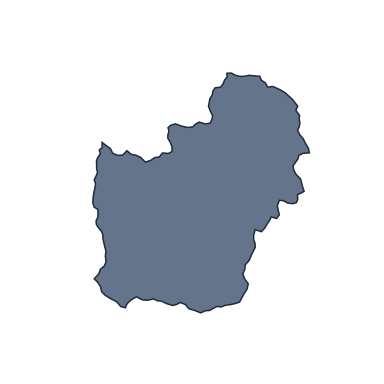 Presidente Bernardes, Minas Gerais, Brazil (Equal Earth projection), rotated 125°
{"feature_id": "56859067B22989959001744", "entity_name": "Presidente Bernardes", "entity_type": "district", "adm_level": 2, "iso_a3": "BRA", "parent_name": "Brazil", "parent_adm1": "Minas Gerais", "projection": "equal_earth", "projection_center": [-43.159, -20.778], "detail": "fine", "context": "isolated", "style": "filled", "palette": "slate", "viewbox_px": 384, "rotation_deg": 125, "n_neighbors": 0, "source": "geoboundaries", "source_scale": "gbopen_adm2", "svg_char_len": 2370}
<svg xmlns="http://www.w3.org/2000/svg" viewBox="0 0 384 384"><g transform="rotate(125 192 192)"><path d="M202.9,294.1L207.3,291.0L210.7,292.1L213.5,288.9L218.1,289.0L221.5,288.0L224.2,285.9L227.1,283.9L230.2,280.6L234.1,279.7L238.1,279.1L240.7,275.6L244.7,273.7L248.7,272.1L253.3,269.8L257.7,267.1L260.5,263.5L260.3,259.1L263.1,257.0L266.5,254.7L270.5,254.1L273.3,251.9L274.9,248.2L276.1,243.7L278.1,240.5L281.4,238.1L284.3,234.9L287.1,231.8L289.8,228.5L294.3,226.2L298.3,222.4L302.8,221.4L307.7,222.7L312.5,221.4L315.8,221.9L319.2,222.3L320.0,217.9L321.9,212.9L325.5,208.8L326.4,204.0L326.1,198.0L325.1,190.6L326.7,184.7L325.0,180.1L321.9,181.0L318.7,180.8L314.3,179.6L309.7,177.3L308.9,170.9L306.0,166.1L301.7,162.3L300.9,157.8L298.9,154.4L298.0,148.7L296.0,142.7L293.0,140.2L289.2,138.1L288.0,133.0L289.4,127.5L287.4,121.5L286.0,115.5L281.4,112.8L279.0,109.6L275.1,107.9L271.5,105.9L269.4,102.2L265.4,99.5L262.2,95.9L258.8,92.8L255.0,89.9L249.4,90.5L245.4,91.0L239.8,91.2L234.9,93.3L233.0,99.0L229.9,103.4L225.1,104.3L221.3,106.6L215.1,105.9L209.5,107.2L204.5,108.0L201.3,108.4L198.3,110.5L195.5,114.2L192.1,116.7L186.6,118.6L184.7,112.3L179.6,111.7L174.8,112.1L171.2,112.1L166.9,112.8L165.2,107.5L160.6,107.3L157.9,110.5L154.3,114.2L148.7,115.7L146.7,112.1L146.2,107.2L143.7,102.7L140.9,100.4L137.5,101.1L133.7,104.1L130.1,101.9L127.1,100.6L123.3,105.7L119.1,110.4L117.9,116.7L115.8,121.0L112.8,124.2L108.5,124.2L104.3,124.2L100.7,125.5L96.6,123.2L92.6,118.3L89.4,121.8L86.6,127.9L84.6,131.4L83.3,136.4L80.9,140.9L77.3,141.5L73.7,143.1L70.6,146.1L67.5,147.9L65.6,153.7L61.0,154.7L59.6,159.4L58.4,163.3L57.9,167.9L57.3,172.7L57.7,178.5L59.1,186.2L62.7,190.2L60.5,194.4L60.7,199.4L58.3,202.8L60.5,206.5L63.7,212.2L67.3,215.5L69.9,219.2L71.5,223.5L72.0,228.0L74.7,231.5L77.6,229.2L81.7,229.5L85.5,228.6L89.7,228.7L93.5,232.9L97.5,232.7L100.7,231.1L105.5,230.8L109.4,229.0L112.3,227.7L114.9,223.9L117.7,218.9L120.7,217.5L125.0,216.6L128.6,220.1L130.6,226.2L134.4,228.1L138.3,228.7L141.6,232.5L144.0,238.4L145.7,244.7L149.7,247.8L153.1,248.5L155.5,245.6L158.7,244.7L161.7,242.8L163.5,238.9L166.2,234.6L170.2,231.5L173.9,233.4L177.0,238.6L182.1,238.9L185.2,242.3L189.8,244.0L194.3,247.4L193.1,253.8L194.1,259.3L196.0,263.6L195.5,269.0L201.5,269.9L204.7,274.0L205.7,279.3L203.2,283.7L203.2,289.0L202.9,294.1Z" fill="#64748b" stroke="#1e293b" stroke-width="1.5"/></g></svg>